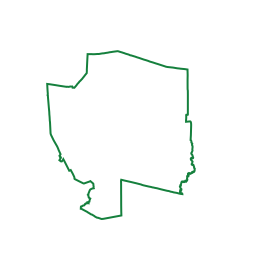 Sarbeni, Teleorman, Romania (Equal Earth projection), rotated 61°
{"feature_id": "2599482B36537756956873", "entity_name": "Sarbeni", "entity_type": "district", "adm_level": 2, "iso_a3": "ROU", "parent_name": "Romania", "parent_adm1": "Teleorman", "projection": "equal_earth", "projection_center": [25.419, 44.486], "detail": "fine", "context": "isolated", "style": "outline", "palette": "green", "viewbox_px": 256, "rotation_deg": 61, "n_neighbors": 0, "source": "geoboundaries", "source_scale": "gbopen_adm2", "svg_char_len": 5462}
<svg xmlns="http://www.w3.org/2000/svg" viewBox="0 0 256 256"><g transform="rotate(61 128 128)"><path d="M201.3,176.2L198.0,174.5L192.6,171.6L184.6,167.2L181.1,165.3L177.3,163.2L173.3,161.0L170.8,159.7L170.0,159.0L172.4,156.4L176.3,152.0L177.2,151.0L180.4,147.5L183.8,143.9L184.6,143.3L185.6,142.3L189.2,138.3L190.7,136.5L191.8,135.4L192.4,134.6L193.4,133.5L194.8,131.8L197.5,129.0L202.0,124.1L202.8,123.0L204.7,121.2L205.1,120.6L206.6,119.1L207.2,118.3L208.4,116.8L210.0,115.2L210.9,114.2L212.2,112.5L212.0,112.4L211.0,112.6L210.8,112.9L210.8,113.3L210.8,113.5L210.5,113.6L209.8,113.7L209.4,113.7L208.9,113.4L208.7,112.8L208.7,112.7L208.3,112.8L208.0,112.7L208.2,112.3L208.2,112.1L207.6,112.1L207.5,111.8L207.5,111.6L207.8,111.2L207.7,111.1L207.4,111.0L207.2,111.4L207.1,111.5L207.0,111.4L206.7,111.1L206.3,111.1L205.5,111.2L205.3,111.1L204.6,111.0L204.2,110.9L204.1,110.6L204.2,110.0L204.1,109.7L203.9,109.6L203.3,109.7L203.2,109.3L202.8,108.8L201.4,107.6L201.0,107.0L201.0,106.6L201.3,106.1L201.5,106.0L202.0,106.0L202.1,105.9L202.1,105.7L201.9,105.6L201.7,105.3L201.7,105.2L201.8,105.1L202.0,105.0L202.3,105.0L202.5,104.9L202.6,104.7L202.2,104.4L202.1,104.1L202.5,104.1L202.3,103.5L202.3,103.4L202.6,103.3L202.9,103.3L203.0,103.2L202.3,102.6L202.7,102.2L202.7,101.9L202.1,101.3L201.9,101.1L201.7,101.1L201.2,101.1L200.7,100.8L200.5,100.5L198.9,99.7L198.7,99.5L198.7,99.4L198.7,99.2L199.3,98.9L199.5,98.6L199.4,98.5L199.1,98.1L198.5,98.2L198.3,98.3L198.0,98.2L197.5,98.0L197.0,97.7L196.9,97.5L196.9,97.4L197.0,97.1L196.9,96.5L197.0,96.4L197.5,96.4L198.0,96.3L198.1,96.1L197.7,96.0L197.6,95.8L197.6,95.7L197.8,95.5L198.1,95.4L198.3,95.1L198.2,94.9L198.1,94.6L198.2,94.2L198.4,93.8L198.4,93.5L198.4,93.3L198.2,93.2L197.6,93.1L197.6,92.9L197.7,92.5L198.3,92.0L198.4,91.8L198.3,91.7L198.0,91.7L197.8,91.6L197.8,91.4L198.0,90.9L197.9,90.8L197.6,90.4L196.8,90.0L196.1,89.4L195.9,89.3L195.7,89.3L195.3,89.5L194.8,89.5L194.6,89.4L194.2,89.1L193.8,89.0L191.9,88.7L191.8,88.8L191.9,89.3L191.3,89.8L190.9,90.0L190.6,89.9L190.4,89.8L190.3,89.7L190.2,89.2L189.3,88.5L188.9,88.0L188.6,87.8L188.2,87.9L187.3,88.1L186.5,88.3L185.8,88.2L185.5,88.1L185.2,87.9L185.1,87.7L184.9,87.4L184.9,87.2L185.0,86.9L185.6,86.6L185.9,86.3L185.9,85.8L185.8,85.6L185.6,85.4L184.8,85.4L184.6,85.2L184.1,85.1L183.9,85.0L183.5,85.1L182.5,84.8L182.0,84.9L181.6,85.1L180.9,85.0L180.4,84.5L180.2,84.0L179.2,82.7L178.8,82.4L178.2,82.3L176.9,81.4L175.9,80.7L174.9,80.3L174.2,80.3L173.7,80.2L172.9,79.4L172.7,79.4L172.0,79.5L171.7,79.6L171.4,79.6L171.1,79.3L170.5,79.1L169.7,78.9L169.4,78.9L169.2,78.9L168.9,79.1L164.8,76.5L156.5,71.6L155.4,71.0L154.1,70.4L153.1,70.2L152.8,70.2L152.5,70.3L152.3,70.5L150.7,74.2L149.2,73.4L148.4,72.8L146.4,71.6L145.0,70.9L144.8,70.7L144.7,70.6L144.8,70.3L145.3,69.7L145.4,69.3L145.2,69.1L127.9,59.5L124.4,57.6L123.3,57.2L122.3,56.7L114.5,52.4L110.7,50.2L105.7,47.6L104.0,49.8L101.6,53.3L100.9,54.2L99.8,55.8L98.7,57.2L98.2,57.8L97.0,59.3L93.8,63.9L92.6,65.3L92.2,65.6L87.6,69.9L86.3,71.1L85.4,72.0L82.8,74.4L80.6,76.6L79.0,77.9L77.3,79.5L75.8,81.0L71.9,84.5L70.7,85.7L69.2,87.0L65.9,90.2L65.8,90.4L65.5,90.8L64.1,91.8L61.7,94.2L60.8,94.9L59.9,95.8L59.3,96.3L57.6,98.0L56.1,99.4L55.7,100.0L55.3,101.0L53.8,104.8L53.7,105.2L52.8,107.5L52.3,109.2L51.7,110.7L51.5,111.3L50.9,113.1L50.6,113.6L50.2,114.6L49.7,116.0L49.3,117.2L49.2,117.4L49.1,117.7L48.5,118.7L47.7,120.5L46.6,122.7L45.9,123.8L44.4,126.5L43.8,127.5L48.1,130.2L57.3,135.9L57.8,136.1L60.0,137.5L60.8,139.6L61.3,140.7L61.7,141.7L62.0,142.3L62.1,142.7L62.9,144.5L63.0,145.1L63.3,145.8L63.7,147.2L63.8,147.7L63.9,148.2L64.2,148.6L64.6,149.7L64.8,150.5L65.3,151.6L65.7,152.4L66.8,155.4L66.0,156.6L65.9,156.8L65.5,156.6L64.7,156.6L64.4,157.3L63.8,158.2L63.7,158.4L63.3,159.9L62.5,161.1L62.2,161.6L62.2,161.8L58.3,166.9L55.3,170.7L51.9,175.1L50.3,177.3L51.1,177.7L55.6,179.9L59.5,181.7L60.0,182.1L60.2,182.4L60.7,182.3L61.9,182.9L71.7,187.3L75.8,189.1L77.8,190.1L80.5,191.3L83.8,192.9L84.9,193.3L89.8,195.7L95.1,198.3L96.1,198.6L97.0,198.7L102.8,199.0L109.8,198.9L112.3,199.1L112.7,199.2L113.2,199.3L118.2,199.7L119.1,201.4L120.1,201.0L120.4,201.4L121.0,201.2L121.2,201.5L121.6,201.3L122.9,203.6L124.6,202.9L124.9,202.5L125.1,202.1L124.9,201.5L124.6,200.7L123.9,199.7L125.9,199.7L136.9,200.1L137.0,199.0L137.0,198.5L137.7,198.5L139.9,198.5L141.1,198.5L144.2,198.7L145.1,198.8L146.4,199.4L146.7,199.4L147.2,199.1L151.9,195.9L154.5,194.1L154.9,193.8L155.1,193.5L155.2,193.3L155.9,189.2L156.1,188.1L156.2,187.5L156.2,186.7L156.7,186.5L159.4,185.5L159.7,185.4L160.1,185.4L160.3,185.5L161.3,186.0L162.7,186.5L163.1,186.8L163.4,187.1L164.1,187.2L163.7,188.3L163.6,188.8L163.5,190.3L163.5,190.6L163.6,190.9L163.7,191.2L164.0,191.7L165.8,193.9L166.3,194.5L166.7,194.7L166.7,194.8L167.0,195.5L167.5,195.4L167.9,195.4L169.2,195.9L169.8,196.0L170.0,195.7L170.4,195.6L171.1,195.7L171.5,195.3L172.8,196.9L173.4,197.2L173.8,197.6L173.8,197.8L173.4,198.9L173.3,199.4L174.5,199.3L174.2,199.8L174.0,200.4L173.6,201.0L173.5,201.6L173.9,202.1L173.8,202.4L173.7,202.6L173.9,203.0L174.3,203.4L174.3,203.5L174.4,203.8L174.4,204.1L174.0,205.0L174.0,205.4L174.2,206.0L174.2,206.3L174.0,206.6L173.9,206.8L173.9,207.2L174.1,207.4L174.7,207.8L175.7,208.4L175.8,208.2L176.3,207.8L178.0,206.7L181.7,204.3L182.4,204.0L184.4,202.8L185.2,202.5L185.8,202.0L186.1,201.6L188.5,200.2L189.7,199.7L190.6,199.1L191.1,198.8L191.6,198.4L191.8,197.9L194.6,195.4L194.9,195.0L195.6,193.3L201.3,176.2Z" fill="none" stroke="#15803d" stroke-width="2"/></g></svg>